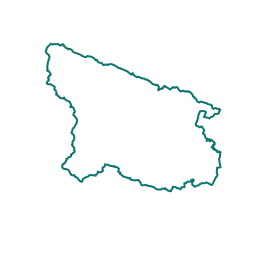 Chae Hom, Lampang, Thailand, rotated 105°
{"feature_id": "78962969B2527199912665", "entity_name": "Chae Hom", "entity_type": "district", "adm_level": 2, "iso_a3": "THA", "parent_name": "Thailand", "parent_adm1": "Lampang", "projection": "orthographic", "projection_center": [99.662, 18.738], "detail": "fine", "context": "isolated", "style": "outline", "palette": "teal", "viewbox_px": 256, "rotation_deg": 105, "n_neighbors": 0, "source": "geoboundaries", "source_scale": "gbopen_adm2", "svg_char_len": 5766}
<svg xmlns="http://www.w3.org/2000/svg" viewBox="0 0 256 256"><g transform="rotate(105 128 128)"><path d="M161.4,32.6L161.1,32.1L160.1,31.7L155.6,30.9L154.8,30.5L153.1,30.6L152.2,29.9L150.7,29.4L150.1,29.5L147.5,30.9L143.3,31.6L142.4,29.2L141.6,28.5L138.1,30.5L136.4,31.0L134.6,32.0L132.0,31.7L128.6,32.5L127.7,32.4L127.8,32.9L127.3,33.5L127.7,33.6L128.2,35.4L127.6,35.8L127.2,35.7L126.8,36.2L127.2,36.7L126.3,37.9L126.1,38.4L126.4,38.6L125.9,39.0L126.3,39.1L126.5,40.0L126.0,40.3L125.7,40.2L124.8,40.9L125.2,41.1L125.1,41.8L124.5,41.4L124.3,41.7L124.1,41.4L123.0,41.6L123.0,41.2L122.8,41.3L122.2,41.0L122.3,40.7L121.8,40.3L121.4,40.4L121.4,40.1L121.1,40.0L120.1,40.5L120.3,40.8L120.0,41.2L119.3,41.4L117.7,44.9L118.0,45.4L118.9,45.1L119.6,45.4L119.4,45.9L118.4,46.0L117.8,46.8L118.0,47.1L119.2,47.0L119.3,47.3L118.6,48.2L119.7,48.3L119.9,48.7L117.9,49.0L117.9,49.8L117.1,50.8L114.4,52.4L113.9,54.2L113.3,54.3L111.1,53.7L110.5,53.7L107.4,57.1L107.5,57.5L108.6,58.5L108.8,59.1L108.2,60.7L108.2,62.5L107.6,62.8L107.3,63.5L106.8,63.6L105.6,63.5L104.4,63.1L103.2,63.3L102.1,62.9L97.5,63.3L93.1,62.7L92.2,59.8L92.1,57.2L92.5,56.9L94.3,56.8L97.1,57.5L97.7,57.3L97.4,53.4L97.7,51.9L96.0,50.7L94.7,48.7L92.3,48.1L91.7,47.4L91.5,45.9L90.4,44.1L89.0,44.3L86.8,43.6L86.3,44.0L86.0,45.0L86.4,46.2L86.1,48.6L86.3,49.2L87.4,50.3L87.4,50.9L86.4,52.0L85.0,52.5L84.4,53.1L84.0,54.5L84.3,56.9L83.6,58.9L83.9,60.8L83.5,62.1L83.9,64.9L84.8,65.5L84.9,66.0L84.4,68.2L82.1,70.0L82.0,71.4L81.0,71.9L80.6,73.5L79.7,73.8L78.2,75.4L78.0,76.0L77.5,76.5L77.0,78.4L77.5,79.2L77.0,79.8L78.1,82.3L77.8,82.9L78.0,83.5L77.6,84.0L78.2,85.5L79.1,86.6L77.8,89.0L76.3,90.3L75.9,91.4L76.1,92.1L77.1,93.2L76.8,95.1L79.9,97.2L78.6,101.3L78.6,102.2L77.9,103.3L78.4,104.1L79.5,104.4L80.0,104.8L80.6,104.7L80.8,105.4L81.6,105.6L81.7,106.9L83.3,108.0L83.5,108.5L80.1,108.9L78.8,110.7L78.8,111.3L79.5,112.0L79.1,112.9L79.3,114.4L79.2,115.5L78.2,117.3L77.9,118.3L77.5,118.5L76.8,120.5L77.0,120.8L76.8,121.5L76.2,122.4L76.7,123.7L76.0,125.5L76.4,126.5L76.5,127.9L75.9,129.6L76.1,130.3L76.0,131.7L76.6,132.5L76.2,133.4L76.3,134.2L74.8,136.8L75.2,137.6L74.1,137.9L75.4,139.1L74.0,142.4L73.5,143.0L72.3,151.4L72.6,152.6L72.2,153.6L71.7,154.1L71.8,154.9L70.9,157.4L70.8,159.1L70.5,160.2L71.0,162.0L71.7,163.2L72.4,163.7L72.1,164.8L72.6,165.8L72.6,166.5L73.4,167.5L73.6,168.1L73.5,168.5L72.2,169.9L72.2,173.9L70.4,175.6L70.3,176.2L70.8,176.9L69.4,179.0L68.6,182.2L69.1,186.0L69.9,186.5L70.5,187.4L70.7,188.6L70.2,190.0L70.3,191.2L69.5,192.7L68.9,200.0L68.1,201.5L67.3,202.4L66.6,204.3L66.8,205.3L67.5,206.3L66.8,206.8L66.8,208.7L66.0,209.6L65.7,210.8L65.2,211.5L64.6,211.4L64.1,211.9L64.0,212.3L64.2,213.3L65.2,213.8L65.2,214.3L65.9,214.8L65.7,215.9L64.9,217.0L64.9,217.5L65.7,218.8L65.7,219.8L66.4,221.6L66.9,222.2L66.8,223.0L66.5,223.6L66.8,224.6L68.5,225.3L70.4,226.6L71.9,227.2L73.4,226.9L75.0,227.5L76.3,226.6L77.3,225.1L78.0,223.2L78.7,223.0L79.4,222.3L82.0,222.0L82.6,222.4L83.7,222.2L85.7,222.5L86.5,222.1L89.9,221.9L91.1,221.1L92.9,221.1L93.7,220.5L93.4,219.7L93.6,219.1L96.2,216.5L97.6,217.0L98.1,217.4L98.1,217.7L98.8,217.8L99.0,218.1L100.5,218.1L101.0,217.1L102.0,217.2L102.6,216.8L104.0,217.9L105.7,218.1L106.4,217.2L106.3,215.3L105.7,214.3L106.9,209.9L107.5,209.3L108.3,209.4L109.8,209.1L110.2,207.8L113.1,205.8L114.3,206.0L114.3,205.1L115.2,204.1L115.3,202.8L116.7,201.3L116.4,200.1L116.3,198.4L115.4,197.9L115.2,197.6L116.3,196.8L117.2,194.4L117.7,192.4L117.6,191.6L118.0,190.7L118.9,190.3L120.2,189.0L121.0,188.6L122.2,189.2L122.7,189.1L122.2,187.4L122.4,186.1L125.7,183.7L126.6,183.5L127.3,184.2L129.7,184.1L130.5,182.2L131.5,181.3L131.9,180.4L133.7,179.1L136.3,178.9L141.6,180.2L142.7,181.2L146.2,181.2L147.4,181.4L148.9,178.5L150.3,177.7L153.2,177.0L154.3,177.6L156.5,178.1L157.3,177.5L158.1,177.3L158.7,177.7L159.2,177.6L159.7,176.5L160.4,176.0L161.3,174.5L163.0,174.6L163.9,173.6L164.5,173.4L165.2,173.5L166.6,174.8L167.5,175.1L168.4,176.2L169.8,175.7L170.4,175.9L171.4,177.2L171.8,178.0L173.1,178.3L173.9,179.5L174.9,179.1L175.4,179.4L176.2,179.3L176.9,179.8L177.7,179.7L178.6,180.5L179.2,180.6L179.9,181.7L180.7,181.5L181.1,181.8L182.9,181.4L183.6,180.6L184.0,179.3L183.7,176.4L184.2,174.4L185.1,173.3L186.7,172.3L187.1,171.3L187.9,170.9L188.2,169.6L187.4,167.7L188.9,166.4L188.7,165.5L189.1,164.9L189.3,163.9L190.8,162.3L191.0,161.4L191.8,160.6L192.0,158.8L191.6,158.5L188.8,158.3L186.6,156.1L185.3,154.1L183.6,153.0L183.0,151.6L182.7,149.2L182.3,148.6L182.6,147.7L182.4,146.9L181.1,146.8L180.6,146.1L179.3,145.7L178.1,145.8L178.2,144.5L177.9,143.1L177.4,142.3L176.5,142.0L176.2,141.3L175.0,141.5L174.0,142.1L172.9,142.3L172.2,141.4L171.6,141.2L171.0,140.6L169.0,140.6L169.1,139.7L168.7,137.6L169.3,135.8L168.9,134.9L169.0,132.6L168.3,131.7L168.9,131.2L169.1,130.2L168.7,129.1L168.8,127.9L169.9,126.2L172.7,126.2L172.8,125.2L173.2,124.6L173.1,124.0L174.1,124.1L174.5,123.9L174.6,122.7L176.2,119.9L175.9,118.8L176.2,117.4L176.0,116.7L176.6,114.6L175.7,113.2L176.2,112.5L177.1,112.1L177.1,109.6L176.9,108.1L175.5,104.2L176.7,103.2L177.1,102.0L179.2,100.7L179.7,99.9L179.7,99.1L178.8,97.4L178.7,96.1L178.3,95.0L178.8,93.9L178.3,90.4L178.5,89.1L178.2,88.4L179.5,85.3L179.7,83.0L178.9,80.3L177.6,79.1L177.4,77.9L177.0,77.4L177.3,76.5L176.8,76.3L177.5,75.5L177.4,74.2L178.2,72.9L178.1,70.4L177.7,70.1L176.5,70.2L175.3,69.4L173.4,69.6L173.1,69.3L172.9,66.0L173.4,65.4L173.2,64.2L173.5,61.4L171.4,60.9L170.7,58.6L170.3,58.2L166.8,59.2L166.4,57.7L165.2,57.4L164.2,56.0L163.8,54.2L162.9,53.5L161.6,53.3L161.5,52.4L160.8,51.9L161.0,51.3L161.9,51.0L163.1,51.6L164.4,51.9L165.3,51.6L166.2,51.1L166.6,49.8L167.5,48.4L166.1,46.8L165.3,45.1L164.0,44.5L163.0,43.1L162.2,42.5L161.5,39.6L160.3,38.0L160.6,35.9L161.0,35.2L160.9,34.2L161.4,33.6L161.4,32.6Z" fill="none" stroke="#0f766e" stroke-width="2"/></g></svg>